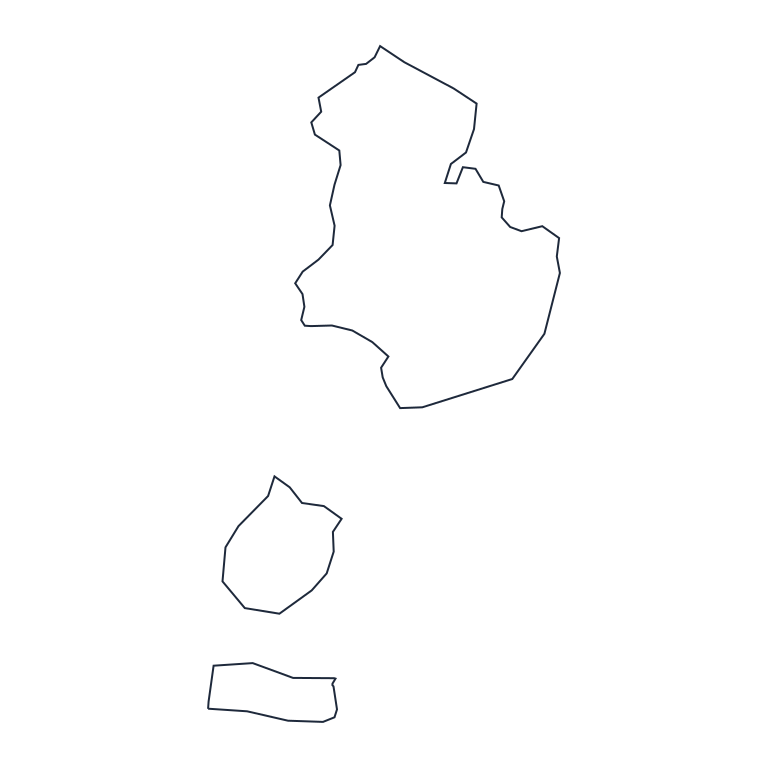 map outline of Comrat (Robinson projection)
{"feature_id": "MDA-1626", "entity_name": "Comrat", "entity_type": "Autonomous Territory", "adm_level": 1, "iso_a3": "MDA", "parent_name": "Moldova", "parent_adm1": "", "projection": "robinson", "projection_center": [28.549, 46.002], "detail": "fine", "context": "isolated", "style": "outline", "palette": "slate", "viewbox_px": 768, "rotation_deg": 0, "n_neighbors": 0, "source": "natural_earth", "source_scale": "10m", "svg_char_len": 1212}
<svg xmlns="http://www.w3.org/2000/svg" viewBox="0 0 768 768"><path d="M380.1,46.1L404.3,62.2L453.7,88.5L476.6,103.6L474.0,129.1L466.0,152.5L450.9,164.0L444.8,183.0L456.5,183.4L462.9,167.2L475.5,168.8L483.3,181.9L498.7,185.5L504.2,201.3L502.3,209.0L501.7,217.4L510.2,227.0L521.5,231.2L542.3,226.2L559.1,238.1L556.8,256.5L559.9,273.0L544.4,333.8L512.3,379.0L422.3,407.3L400.1,408.1L386.3,386.2L382.7,377.4L381.1,367.7L388.4,356.5L372.3,342.1L352.3,330.5L331.9,325.5L311.0,326.1L304.8,325.7L301.2,320.1L304.4,306.8L302.5,294.1L295.2,283.3L302.7,271.6L318.5,259.6L332.6,245.0L334.6,225.7L329.9,205.4L334.5,184.7L340.6,165.1L339.3,150.5L314.9,134.6L311.3,122.4L321.2,111.7L318.5,97.6L355.0,72.2L358.4,64.9L366.1,63.9L374.6,57.3L380.1,46.1ZM279.4,613.7L244.8,608.1L222.5,581.4L225.5,547.3L238.5,526.1L268.1,496.0L274.5,476.4L289.7,487.3L302.0,503.0L323.9,506.1L341.6,518.8L332.9,531.9L333.7,551.6L326.7,573.4L311.7,590.4L279.4,613.7ZM335.5,678.6L332.5,683.6L332.4,685.1L333.5,686.4L337.0,709.4L334.5,717.3L323.0,721.9L288.0,720.7L247.1,711.3L208.1,708.7L208.1,708.8L208.1,708.6L208.6,701.5L213.6,665.7L252.7,663.1L293.0,677.9L334.1,678.2L335.2,678.5L335.5,678.6Z" fill="none" stroke="#1e293b" stroke-width="2"/></svg>